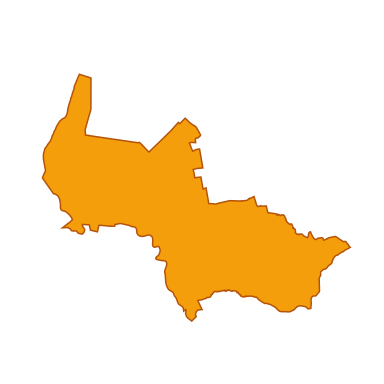 Feldioara, Brasov, Romania (Albers equal-area conic projection), rotated 168°
{"feature_id": "2599482B87521690287479", "entity_name": "Feldioara", "entity_type": "district", "adm_level": 2, "iso_a3": "ROU", "parent_name": "Romania", "parent_adm1": "Brasov", "projection": "albers", "projection_center": [25.526, 45.82], "detail": "fine", "context": "isolated", "style": "filled", "palette": "amber", "viewbox_px": 384, "rotation_deg": 168, "n_neighbors": 0, "source": "geoboundaries", "source_scale": "gbopen_adm2", "svg_char_len": 5886}
<svg xmlns="http://www.w3.org/2000/svg" viewBox="0 0 384 384"><g transform="rotate(168 192 192)"><path d="M327.8,219.0L326.2,218.4L324.2,216.5L323.7,215.4L323.1,213.1L323.0,209.5L323.5,205.9L324.0,204.0L323.9,202.5L323.7,201.9L323.3,201.3L322.5,200.7L319.6,199.1L318.3,197.6L316.4,194.7L315.8,193.3L315.3,192.4L314.7,189.8L317.3,188.3L318.3,187.5L319.0,187.4L326.2,183.9L321.1,183.1L318.6,181.1L318.3,179.7L317.9,179.2L315.9,178.4L314.0,178.2L313.3,177.9L312.8,177.4L312.3,175.9L311.8,175.4L311.3,175.0L308.5,173.7L307.9,173.7L306.0,175.1L305.3,176.1L304.8,177.7L305.0,178.7L305.8,180.2L306.0,180.9L306.2,182.0L306.0,183.1L299.3,181.2L299.2,177.4L299.3,175.8L292.8,172.7L289.9,178.9L279.6,175.7L274.7,174.6L274.2,176.3L272.8,176.1L270.5,176.2L268.8,176.1L267.7,175.8L260.2,172.2L257.8,170.5L256.4,170.2L255.0,169.4L254.1,168.0L254.0,166.9L254.4,164.0L254.4,163.4L253.9,161.6L252.9,160.3L251.7,159.5L249.9,158.9L247.2,158.7L244.5,159.1L242.6,158.9L240.5,156.8L240.2,155.6L240.3,153.2L241.5,148.9L241.6,148.0L241.5,147.3L240.7,146.1L239.9,145.7L236.6,145.9L236.0,145.5L235.5,144.8L235.2,142.4L235.5,140.7L237.3,137.7L237.9,137.0L240.3,135.9L241.2,134.8L241.2,134.1L240.5,133.3L236.2,131.3L233.5,130.6L232.5,129.9L231.8,129.4L231.5,127.4L232.2,125.3L235.0,120.7L235.3,119.8L235.4,119.1L235.3,117.6L236.4,109.1L236.4,107.3L236.4,106.2L235.8,103.2L235.3,101.8L234.6,100.8L231.9,98.3L231.3,97.4L231.0,95.2L230.8,94.1L230.0,92.6L229.4,90.9L228.9,86.9L228.5,85.7L228.2,84.9L227.4,84.0L225.9,82.7L224.8,81.0L224.7,80.1L224.9,77.2L222.7,78.3L222.4,77.5L223.3,75.3L223.6,74.2L223.2,71.3L222.4,69.7L219.1,65.8L213.7,69.3L214.2,70.9L212.9,73.9L210.7,75.3L206.6,74.9L208.9,84.6L206.8,84.7L205.5,84.5L203.9,84.6L202.2,85.1L201.2,84.9L200.4,85.0L199.2,85.7L197.0,85.3L195.8,85.5L195.2,86.4L194.7,86.7L194.5,87.6L193.5,87.7L193.0,88.5L192.0,88.9L191.7,89.1L191.3,89.8L191.1,90.0L189.9,89.9L188.9,89.2L188.6,89.2L187.6,89.6L186.8,89.2L186.4,88.8L186.0,89.1L184.0,88.9L182.6,89.2L181.8,88.9L181.5,89.1L180.3,89.2L180.1,89.0L180.5,88.5L180.0,88.0L179.5,88.1L179.1,87.9L178.5,88.4L177.6,88.2L177.4,88.6L176.8,88.3L176.4,88.6L175.8,88.1L175.4,88.1L175.1,87.5L174.0,86.7L173.3,86.9L173.1,86.6L172.5,86.8L171.7,86.8L171.3,86.5L170.6,86.5L169.3,85.6L169.0,85.5L168.8,85.4L168.8,84.8L169.0,84.5L168.9,84.2L168.5,84.0L167.9,84.2L167.6,83.9L167.6,83.3L167.3,83.0L167.1,81.8L166.9,81.7L166.3,81.7L166.0,80.9L166.0,80.2L165.1,79.9L164.6,79.1L164.1,78.7L163.4,78.9L162.4,78.5L162.1,78.7L161.4,78.6L161.3,79.0L160.7,78.9L160.2,78.4L159.5,78.6L158.5,78.3L157.6,78.3L154.1,77.3L152.6,76.1L150.9,75.8L150.5,75.4L149.8,73.8L149.5,73.5L148.9,72.5L147.5,71.2L146.9,70.4L145.6,69.4L145.2,68.8L144.1,67.9L142.7,67.6L142.4,67.8L141.0,66.8L138.4,65.5L137.4,64.4L135.7,63.1L133.8,61.0L133.4,60.3L133.3,59.9L131.5,57.5L130.6,56.8L128.0,56.0L126.2,55.7L122.6,54.7L121.1,54.5L117.6,55.3L116.6,55.7L113.0,58.0L112.0,58.2L109.7,58.2L105.4,56.5L104.0,55.4L103.0,53.8L102.5,53.5L100.0,53.4L99.5,55.2L98.5,58.1L98.3,60.0L97.7,62.8L97.4,63.3L96.3,64.6L95.6,64.9L94.6,65.0L93.3,64.7L92.0,64.9L90.6,66.2L88.5,67.7L87.7,69.1L87.6,70.2L86.8,74.1L86.6,75.9L85.9,79.0L85.8,80.5L85.2,81.7L84.3,82.9L83.9,83.1L83.7,83.4L83.3,84.4L83.0,86.4L82.6,87.2L79.9,88.8L77.3,89.0L76.4,89.4L75.2,90.3L74.4,91.1L73.7,91.6L71.7,92.3L70.9,92.8L69.9,93.6L68.6,96.1L67.2,97.8L65.9,99.1L65.1,99.6L64.1,100.0L62.7,100.0L59.5,101.6L56.2,102.3L54.1,103.5L50.9,104.2L48.7,105.0L49.5,106.2L50.2,108.3L51.0,109.2L51.5,110.8L51.9,111.6L52.6,111.9L53.9,111.8L54.5,112.1L55.6,113.4L57.4,115.0L58.6,116.5L60.7,118.5L61.8,118.8L67.7,118.8L68.4,118.7L69.3,118.1L69.8,118.2L72.7,117.4L73.2,117.6L73.3,117.9L73.5,119.1L73.8,119.9L74.5,120.3L78.3,120.6L80.3,119.9L81.4,119.9L82.0,120.4L83.3,123.5L83.8,125.3L84.2,127.1L84.2,127.9L84.3,128.3L84.6,128.5L85.0,128.4L85.9,128.0L86.3,127.5L87.9,123.9L88.2,123.6L88.7,123.4L90.8,124.9L91.9,125.9L92.8,127.5L93.8,128.3L94.7,128.1L95.9,128.3L95.8,128.5L96.0,128.6L96.7,128.3L97.1,128.4L97.2,128.7L97.9,128.9L98.2,129.3L98.7,129.5L99.3,131.0L98.9,131.8L99.0,132.3L98.8,133.2L98.9,134.1L99.3,134.6L100.2,135.1L100.2,135.7L100.7,135.6L100.9,135.8L100.9,136.1L100.7,136.6L100.6,137.8L101.3,140.0L101.6,140.2L102.8,139.9L103.3,140.0L103.3,140.4L105.2,142.5L105.3,143.4L105.6,143.7L105.9,144.2L106.0,145.0L105.7,145.1L106.0,147.1L106.1,147.3L106.7,149.7L107.0,149.9L107.2,150.6L108.1,150.8L108.7,150.7L109.4,151.0L110.1,150.9L110.7,150.5L111.0,151.1L111.4,151.5L111.5,151.8L112.3,151.9L113.3,151.5L113.5,151.7L113.0,152.5L115.9,153.8L117.4,154.3L122.1,156.1L122.3,162.9L127.4,163.8L127.5,164.2L130.7,164.1L131.2,164.8L131.5,165.5L132.3,174.7L137.2,173.4L137.3,173.8L139.8,172.4L144.5,172.8L145.4,173.2L145.6,172.9L157.0,175.7L169.1,175.5L171.2,175.2L175.1,176.5L178.1,177.3L177.9,179.4L177.4,193.1L180.6,192.6L180.2,204.8L186.3,205.4L186.1,209.6L186.1,213.8L182.3,214.0L176.4,213.3L175.7,232.5L179.0,232.7L182.9,231.8L184.4,240.4L183.6,240.6L182.0,240.6L178.2,239.5L178.1,240.4L177.9,240.8L178.0,242.4L177.8,243.0L176.6,243.9L175.3,243.6L174.3,243.9L173.3,244.8L172.7,244.9L172.0,245.5L171.8,246.2L174.2,254.0L175.1,255.6L178.0,258.2L179.8,260.4L183.3,265.6L189.8,261.4L190.9,262.9L199.5,256.6L211.1,249.2L225.9,240.0L232.2,250.3L233.2,251.5L235.1,251.4L235.6,251.8L236.2,252.0L266.3,263.1L281.6,268.8L281.6,269.0L284.3,269.7L283.5,275.2L277.6,286.6L274.0,293.2L273.6,294.3L267.1,324.5L277.7,330.6L285.0,320.1L286.3,316.7L287.8,314.6L289.8,310.7L291.0,309.0L291.5,307.9L291.7,307.2L293.0,305.2L295.1,301.3L296.0,299.5L297.5,295.3L299.5,292.3L300.4,291.4L303.9,290.3L306.8,288.7L308.9,286.4L309.4,286.0L310.0,285.2L310.9,284.3L312.5,281.8L314.6,279.5L315.7,277.3L316.8,276.4L317.1,275.9L317.9,274.3L319.6,271.8L320.6,270.7L322.9,268.8L325.0,266.6L326.6,265.4L329.4,260.1L330.1,257.2L330.5,254.8L330.8,243.8L331.1,242.8L332.1,241.7L334.8,237.8L335.2,237.2L335.3,236.6L327.8,219.0Z" fill="#f59e0b" stroke="#b45309" stroke-width="1.5"/></g></svg>